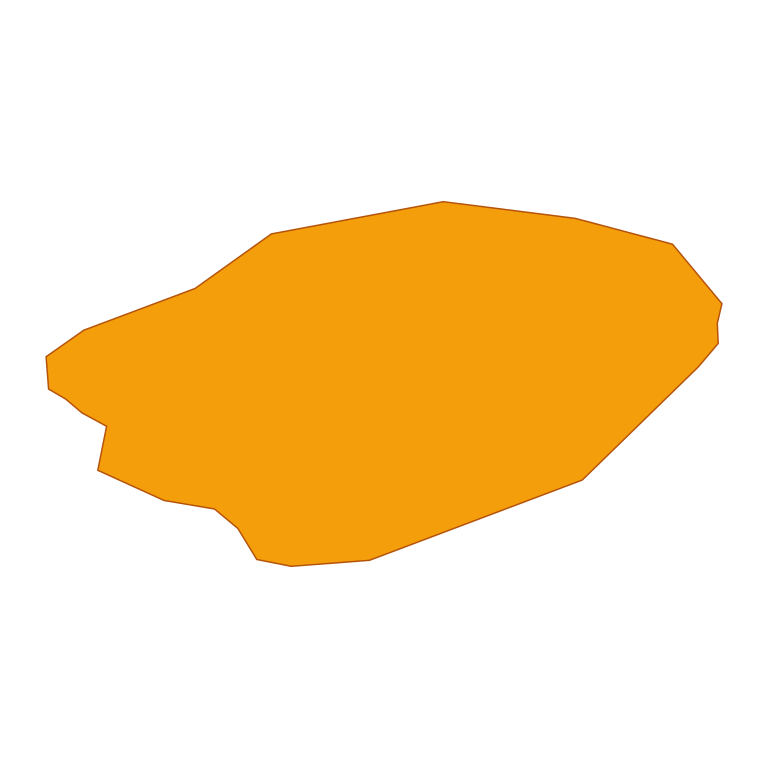 the border of Moravce
{"feature_id": "SVN-972", "entity_name": "Moravce", "entity_type": "Municipality", "adm_level": 1, "iso_a3": "SVN", "parent_name": "Slovenia", "parent_adm1": "", "projection": "equal_earth", "projection_center": [14.749, 46.134], "detail": "fine", "context": "isolated", "style": "filled", "palette": "amber", "viewbox_px": 768, "rotation_deg": 0, "n_neighbors": 0, "source": "natural_earth", "source_scale": "10m", "svg_char_len": 414}
<svg xmlns="http://www.w3.org/2000/svg" viewBox="0 0 768 768"><path d="M698.4,366.8L582.3,480.0L369.4,560.3L291.1,566.3L256.8,559.5L237.9,528.5L214.5,509.0L164.1,500.5L97.8,470.3L106.6,426.3L82.0,412.9L65.6,399.0L48.6,389.1L46.1,356.7L84.0,330.1L195.0,288.5L271.4,233.9L443.2,201.7L575.3,218.4L672.5,244.2L721.9,303.7L717.3,323.3L718.2,343.4L698.4,366.8Z" fill="#f59e0b" stroke="#b45309" stroke-width="1.5"/></svg>